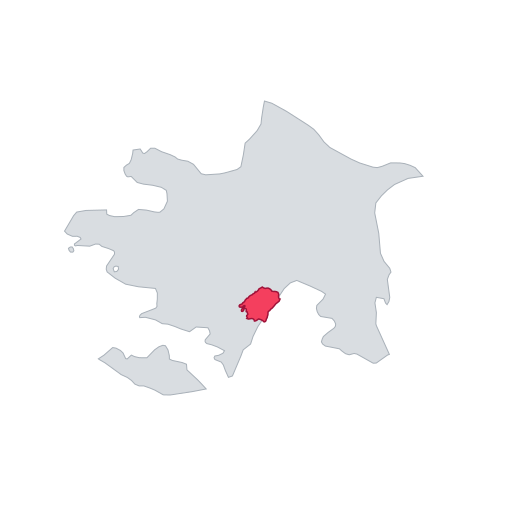 location of Fuzuli District, Füzuli, Azerbaijan, rotated 338°
{"feature_id": "54616110B29637726057754", "entity_name": "Fuzuli District", "entity_type": "district", "adm_level": 2, "iso_a3": "AZE", "parent_name": "Azerbaijan", "parent_adm1": "Füzuli", "projection": "natural_earth1", "projection_center": [47.279, 39.566], "detail": "fine", "context": "in_parent", "style": "filled", "palette": "rose", "viewbox_px": 512, "rotation_deg": 338, "n_neighbors": 0, "source": "geoboundaries", "source_scale": "gbopen_adm2", "svg_char_len": 4906}
<svg xmlns="http://www.w3.org/2000/svg" viewBox="0 0 512 512"><g transform="rotate(338 256 256)"><path d="M342.8,397.2L340.9,397.1L327.4,400.3L324.5,399.3L312.8,384.7L310.4,383.1L305.4,382.5L302.4,380.1L300.0,376.2L298.6,373.3L286.6,365.5L284.8,362.6L284.5,360.1L286.3,357.8L288.3,355.9L294.2,353.9L301.1,352.2L303.2,351.0L304.4,348.9L304.3,345.6L303.1,342.3L293.3,336.3L292.2,333.7L291.9,330.5L292.4,327.2L293.9,324.6L302.0,321.1L306.2,317.4L303.6,313.4L294.9,304.1L284.6,293.9L277.7,293.8L269.9,296.8L257.2,305.5L250.3,309.2L241.2,315.4L231.2,322.2L223.1,329.5L218.0,335.6L209.0,338.2L204.4,343.2L189.2,358.4L185.0,358.2L184.7,350.7L184.9,344.7L184.0,341.3L179.1,336.6L179.0,334.6L180.4,333.3L184.1,334.1L188.9,333.8L191.3,332.0L186.1,325.8L181.5,321.6L177.6,318.8L176.8,317.2L176.8,316.0L177.6,314.6L184.3,311.1L184.9,308.0L184.5,304.5L173.9,299.4L166.0,301.3L159.0,295.5L154.4,291.0L148.8,286.2L143.7,283.6L138.9,277.6L130.5,271.4L125.1,269.6L125.2,268.6L126.2,267.5L128.4,266.6L143.5,266.8L145.3,265.7L146.2,263.0L148.3,259.1L150.7,253.3L150.6,248.4L135.5,240.5L124.6,233.3L117.1,223.8L112.0,215.0L112.2,212.1L113.7,209.3L125.5,201.3L126.3,199.2L126.0,197.8L121.9,193.7L116.7,189.4L115.0,186.3L111.7,184.8L105.5,184.6L94.5,179.4L92.2,178.9L91.7,177.9L92.2,176.8L100.1,174.7L100.0,173.0L97.6,170.7L93.2,169.0L89.2,164.9L87.8,161.2L102.0,150.3L106.2,148.1L115.5,150.1L134.7,157.3L133.3,161.3L135.3,163.6L139.7,166.6L148.1,169.8L155.3,171.4L158.9,170.0L164.5,168.8L171.6,172.4L178.2,177.0L181.5,178.8L183.3,179.4L188.3,177.8L194.4,172.0L196.8,164.9L197.4,161.5L193.9,156.8L186.7,151.7L178.6,147.2L173.4,143.3L170.1,135.5L166.8,134.6L165.9,133.6L165.4,131.0L165.5,127.3L166.7,124.4L170.0,123.2L173.3,122.7L176.3,120.0L180.1,114.7L181.7,111.7L188.7,113.4L189.6,118.2L190.9,119.2L193.8,118.6L198.7,116.6L202.6,118.2L207.5,123.9L214.4,129.9L218.1,133.9L219.6,136.7L223.1,139.4L228.3,142.6L232.4,147.6L236.0,159.2L239.8,161.9L253.1,166.3L257.8,167.2L270.8,168.7L275.4,167.6L282.1,157.6L288.2,147.3L293.8,145.2L304.0,140.2L310.1,135.5L312.7,130.5L318.4,120.9L321.9,115.5L327.9,120.3L338.4,133.2L353.4,154.3L357.1,160.3L359.6,167.2L361.7,175.6L365.1,183.0L380.4,201.7L387.0,208.6L397.8,217.5L401.6,219.5L406.6,220.1L415.7,220.1L424.2,223.6L428.4,226.0L432.8,229.6L436.7,233.7L440.7,244.6L426.0,241.0L411.2,241.6L402.8,243.9L394.8,247.2L387.0,251.7L382.2,260.5L378.3,281.0L372.4,300.1L372.7,309.0L375.4,317.5L375.1,321.5L372.4,323.2L369.0,326.9L364.5,344.5L362.2,348.0L359.3,350.2L358.5,348.1L358.6,343.5L352.1,339.4L348.7,344.0L346.4,353.6L341.7,363.8L341.5,365.8L342.8,397.2ZM123.6,216.8L124.3,214.1L122.4,212.9L120.5,212.8L118.8,214.2L118.7,217.6L121.1,218.2L123.6,216.8ZM74.5,296.6L72.3,293.8L71.3,292.3L77.9,291.0L88.8,287.2L91.7,289.0L94.9,292.8L96.4,296.1L96.7,302.3L98.0,303.2L103.3,301.2L105.6,303.7L109.7,306.6L116.7,309.5L126.9,305.0L132.0,303.8L136.2,303.9L138.4,305.3L139.2,310.1L138.3,315.9L137.1,319.1L139.3,321.5L147.6,327.1L151.0,330.3L149.3,335.7L155.5,349.0L157.6,354.2L160.0,360.6L147.2,358.1L124.3,352.7L118.0,350.0L112.0,342.5L108.5,339.0L103.3,334.4L98.9,332.6L95.7,329.4L93.9,324.7L91.2,320.4L86.5,315.4L75.9,298.4L74.5,296.6ZM89.1,182.9L87.6,183.8L85.5,182.9L84.8,180.8L85.0,178.6L87.2,178.1L88.9,178.7L89.4,180.7L89.1,182.9Z" fill="#d9dde1" stroke="#a8b0b8" stroke-width="1"/><path d="M241.7,289.0L241.3,289.3L240.7,289.9L238.9,290.0L238.3,290.4L237.6,290.5L236.7,290.5L235.7,290.6L234.9,290.8L234.0,291.2L233.4,291.7L232.5,292.0L231.7,291.8L231.3,291.9L230.6,292.4L229.5,292.8L228.8,293.5L228.2,294.0L227.3,294.2L226.1,294.5L225.3,295.2L222.6,295.2L221.6,296.0L221.6,297.1L222.4,297.6L223.3,298.0L224.1,298.2L225.1,298.1L225.5,297.6L226.3,297.5L227.0,297.8L226.9,298.3L226.7,298.7L226.1,299.0L225.4,299.4L224.0,299.5L223.0,299.9L222.2,300.7L222.0,301.4L222.0,301.9L222.7,302.3L223.0,302.3L223.8,302.0L224.4,301.5L224.5,301.1L225.4,300.5L226.3,300.6L227.0,301.3L227.0,301.8L226.9,302.4L226.7,302.8L226.2,303.3L226.1,303.9L226.4,304.2L226.9,304.6L226.7,305.2L226.7,306.0L226.6,306.9L226.0,307.4L225.1,307.7L224.7,308.4L224.9,310.1L224.1,310.5L225.3,311.6L226.8,312.0L227.7,312.1L228.9,312.5L229.7,313.2L230.2,313.9L230.3,314.9L230.2,315.7L231.3,316.0L232.6,315.9L234.0,315.5L235.0,315.4L235.8,316.1L236.6,316.8L237.2,317.4L238.2,318.7L238.5,319.7L239.0,320.2L239.6,320.2L240.3,320.2L241.5,319.1L242.1,318.2L243.2,317.4L244.2,315.9L245.0,315.0L246.1,312.6L246.8,312.0L248.3,311.7L249.8,310.8L251.2,310.5L252.5,309.9L253.5,309.4L254.8,308.7L256.3,307.8L258.8,307.1L260.6,306.5L261.6,305.5L262.1,305.0L261.6,304.8L261.4,303.1L261.9,301.5L262.7,300.1L262.7,298.0L261.6,296.8L260.2,295.9L258.8,295.4L257.4,294.4L257.4,293.5L256.6,291.8L255.5,290.5L254.3,289.9L252.3,289.5L251.0,288.3L250.2,287.1L249.2,287.3L247.7,287.5L246.8,287.5L246.0,287.9L245.2,288.6L244.3,289.0L243.7,289.2L242.7,289.4L242.0,289.4L241.7,289.2L241.7,289.0Z" fill="#f43f5e" stroke="#9f1239" stroke-width="1.5"/></g></svg>